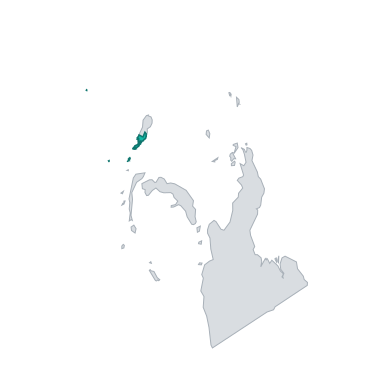 location of North Bougainville District, North Solomons, Papua New Guinea, rotated 237°
{"feature_id": "67681753B20702306497520", "entity_name": "North Bougainville District", "entity_type": "district", "adm_level": 2, "iso_a3": "PNG", "parent_name": "Papua New Guinea", "parent_adm1": "North Solomons", "projection": "robinson", "projection_center": [154.75, -4.633], "detail": "fine", "context": "in_parent", "style": "filled", "palette": "teal", "viewbox_px": 384, "rotation_deg": 237, "n_neighbors": 0, "source": "geoboundaries", "source_scale": "gbopen_adm2", "svg_char_len": 7627}
<svg xmlns="http://www.w3.org/2000/svg" viewBox="0 0 384 384"><g transform="rotate(237 192 192)"><path d="M50.9,237.8L50.5,199.2L48.8,196.3L50.5,189.5L50.1,124.2L53.4,124.6L69.2,132.5L79.9,136.7L89.2,138.6L97.8,145.1L104.2,145.5L113.6,154.6L117.4,155.2L124.0,162.9L124.5,169.1L123.8,173.0L133.9,176.7L143.6,182.0L148.9,182.6L151.8,184.4L155.5,188.9L156.2,195.0L154.1,196.0L145.0,196.0L142.5,198.0L146.1,207.5L154.4,216.2L160.6,220.1L162.5,228.0L165.6,230.4L167.7,236.7L170.9,237.3L177.1,236.3L178.1,238.9L177.2,242.9L178.1,244.5L189.6,247.8L185.8,249.8L187.5,253.5L195.1,256.5L199.7,257.7L202.5,257.3L199.3,259.1L196.3,258.6L195.8,259.1L197.0,260.7L199.4,262.3L196.9,264.3L194.4,264.7L189.8,263.3L185.7,259.4L173.2,257.7L168.8,256.0L165.4,256.6L155.2,254.5L151.9,251.7L149.7,247.6L143.6,242.5L142.2,240.1L142.8,236.8L141.1,237.3L137.7,234.9L128.4,219.7L123.7,217.5L112.1,214.9L110.4,211.9L105.0,210.8L103.8,212.7L99.3,214.1L95.6,212.6L91.8,208.9L96.3,217.3L94.7,217.3L95.5,218.6L94.6,218.8L89.8,218.3L91.3,221.8L83.3,223.8L77.4,223.1L74.5,223.9L73.4,223.8L71.8,221.2L69.6,221.7L71.5,221.8L73.8,224.8L78.7,224.3L83.6,226.6L87.7,231.6L87.5,235.1L76.5,241.5L70.1,238.7L60.8,239.5L57.5,238.4L53.3,239.6L50.9,237.8ZM217.2,152.3L219.5,154.0L221.8,152.2L226.3,154.5L225.4,162.9L224.0,165.2L220.2,166.0L219.8,167.3L222.2,172.2L221.2,174.0L218.0,175.8L212.6,175.6L211.2,179.0L208.2,182.0L196.6,188.0L183.9,188.5L179.8,184.8L175.4,185.5L169.6,181.1L164.7,179.3L163.7,177.6L163.8,175.5L165.1,174.2L173.8,174.4L179.4,176.2L186.7,175.1L188.7,173.8L189.4,168.4L190.6,166.2L191.9,167.2L190.4,171.4L192.1,175.1L197.2,174.0L200.6,174.9L203.1,173.8L206.7,167.9L209.7,165.3L215.0,163.9L214.9,159.6L213.0,153.7L213.7,152.0L217.2,152.3ZM280.9,195.4L280.3,197.3L279.9,196.7L277.3,198.5L274.2,197.9L271.5,196.0L269.4,192.6L269.3,188.8L266.4,187.1L262.5,182.2L261.7,179.0L262.0,173.7L267.7,176.8L273.4,185.9L278.9,190.1L280.9,195.4ZM237.5,154.7L233.7,163.0L231.4,159.6L230.5,157.2L230.3,150.8L224.3,141.2L218.1,138.0L205.6,128.1L200.7,126.5L201.9,126.0L201.9,123.6L208.1,128.8L211.9,130.1L217.0,134.1L220.5,135.4L235.7,150.4L237.5,154.7ZM137.6,113.1L149.5,113.5L149.7,114.6L148.1,114.8L146.1,116.8L139.1,116.2L136.0,117.2L135.7,115.8L136.9,115.4L136.7,113.9L137.6,113.1ZM197.5,241.8L199.7,243.3L201.5,243.1L202.9,244.7L203.2,247.4L202.4,248.0L201.9,247.2L196.1,246.7L197.2,245.1L196.1,242.1L197.5,241.8ZM195.9,125.2L191.7,125.1L188.6,121.9L192.7,120.3L195.8,121.8L195.9,125.2ZM206.1,253.6L208.7,251.9L209.4,252.5L208.4,256.6L204.2,254.8L201.4,248.2L206.1,253.6ZM228.0,235.9L232.6,235.2L234.8,237.0L235.4,237.7L235.0,239.4L231.2,238.7L228.0,235.9ZM238.7,276.3L247.2,280.9L244.0,281.7L241.4,280.4L241.0,279.3L239.9,279.7L240.5,278.9L238.7,276.3ZM158.9,180.4L155.1,176.9L155.3,174.6L159.3,176.6L158.9,180.4ZM194.7,244.4L193.6,244.5L191.1,242.1L192.6,239.4L194.3,240.4L194.7,244.4ZM260.8,173.5L259.1,167.9L260.6,166.2L262.0,169.8L260.8,173.5ZM145.8,173.5L143.2,171.3L145.1,169.3L146.2,170.4L145.8,173.5ZM185.5,105.8L184.1,106.2L182.2,104.4L182.7,102.3L184.9,103.7L185.5,105.8ZM128.5,159.7L126.9,161.7L125.8,160.2L127.6,157.9L128.5,159.7ZM206.6,225.6L206.7,232.4L205.5,231.0L206.0,228.2L204.8,227.5L206.6,225.6ZM88.7,227.4L91.2,230.1L85.0,225.7L88.7,227.4ZM90.9,226.7L87.5,225.6L86.8,224.7L90.8,225.1L90.9,226.7ZM255.2,277.0L254.9,277.9L252.7,278.1L251.2,276.8L252.7,277.1L252.4,276.1L255.2,277.0ZM229.8,131.8L230.0,134.9L228.4,132.7L229.8,131.8ZM221.5,130.1L220.9,131.0L219.3,128.8L219.6,128.4L221.5,130.1ZM203.3,263.1L203.1,264.5L201.6,263.8L201.8,262.9L203.3,263.1ZM220.2,127.7L219.0,128.1L219.2,126.0L220.2,127.7ZM155.8,117.9L156.0,119.5L154.3,119.1L155.8,117.9ZM245.6,149.2L245.4,150.7L244.5,150.2L245.6,149.2Z" fill="#d9dde1" stroke="#a8b0b8" stroke-width="1"/><path d="M268.7,178.6L268.5,178.4L268.3,178.3L268.2,178.2L268.1,177.9L268.0,177.7L267.9,177.4L267.8,177.2L267.7,177.1L267.5,176.8L267.5,176.6L267.4,176.1L267.2,176.1L267.0,175.9L267.2,175.6L267.2,175.4L266.9,175.3L266.7,175.2L266.6,175.4L266.6,175.5L266.4,175.7L266.4,175.4L266.2,175.3L266.0,175.2L265.9,175.3L265.9,175.2L265.7,175.3L265.7,175.2L265.6,175.3L265.3,175.3L265.1,175.2L264.8,175.2L264.9,175.3L264.7,175.3L264.7,175.2L264.5,175.3L264.4,175.5L264.3,175.4L264.3,175.2L264.2,175.1L263.9,175.0L263.8,174.8L263.7,174.6L263.5,174.8L263.4,174.8L263.3,174.7L263.1,174.3L262.7,174.1L262.7,173.9L262.5,173.7L262.3,173.4L262.2,173.4L261.8,173.1L261.7,173.0L261.4,173.3L261.1,173.6L261.2,173.8L261.3,173.9L261.6,173.9L261.8,174.2L261.8,174.3L262.0,174.5L262.3,174.6L262.4,174.9L262.5,175.1L262.4,175.3L262.5,175.3L262.7,175.5L262.8,175.7L262.7,175.6L262.6,175.4L262.4,175.5L262.5,175.5L262.5,175.8L262.5,176.0L262.4,175.9L262.4,176.1L262.2,176.1L262.3,176.1L262.2,176.0L262.2,175.9L262.1,175.7L261.9,175.7L261.9,175.8L262.0,175.9L262.0,176.1L262.1,176.3L262.1,176.6L262.0,176.9L261.9,177.1L261.8,177.3L261.8,177.5L261.9,177.9L261.9,178.2L261.7,178.5L261.5,178.9L261.5,179.1L261.5,179.3L262.0,179.8L262.0,180.1L262.1,180.3L262.3,180.6L262.3,181.1L262.2,181.2L262.1,181.3L262.0,181.6L262.1,181.9L262.2,182.1L262.3,182.5L262.5,182.7L262.8,182.9L263.1,183.1L263.3,183.4L263.3,183.7L263.4,183.8L263.5,183.8L263.8,183.9L263.9,184.0L264.0,184.0L264.1,184.3L264.7,184.5L265.0,184.7L265.4,185.1L265.5,185.2L265.5,185.3L267.8,185.1L264.9,180.9L266.2,179.9L267.0,179.7L268.1,179.0L268.4,178.9L268.7,178.6ZM261.1,167.9L261.2,167.4L261.0,167.0L260.9,166.8L260.8,166.2L260.4,166.0L260.1,166.0L259.8,166.6L259.5,166.8L259.3,167.0L258.9,167.6L258.8,168.1L259.1,167.9L259.3,167.6L259.6,167.9L259.5,168.0L259.4,168.3L259.4,168.5L259.6,168.6L259.4,168.7L259.5,168.8L259.4,169.0L259.5,169.1L259.5,169.3L259.6,169.5L259.4,169.7L259.3,169.8L259.3,170.0L259.4,170.3L259.4,170.7L259.4,171.0L259.5,171.1L259.5,171.3L259.6,171.5L259.7,171.8L259.7,172.0L259.8,172.3L259.9,172.6L260.1,172.7L260.0,173.1L260.3,173.2L260.3,173.4L260.2,173.3L260.0,173.1L260.1,173.3L260.2,173.5L260.3,173.6L260.3,173.9L260.6,173.6L260.6,173.2L260.8,173.0L260.8,173.3L260.8,173.5L260.7,173.7L260.9,173.7L261.2,173.4L261.3,173.3L261.3,173.1L261.3,172.7L261.4,172.4L261.4,172.1L261.4,171.9L261.5,171.5L261.5,171.2L261.5,170.7L261.7,170.3L261.7,170.1L261.7,169.8L261.8,169.2L261.7,169.0L261.6,168.8L261.3,168.7L261.2,168.7L261.1,168.4L261.1,167.9ZM253.9,156.5L253.6,156.3L253.4,156.3L253.4,156.5L253.5,156.5L253.8,156.7L254.1,156.9L254.2,157.1L254.4,157.7L254.4,157.8L254.3,158.2L254.4,158.3L254.2,158.2L254.1,158.3L253.9,158.1L253.8,157.9L253.8,158.0L253.9,158.3L253.8,158.1L253.8,157.9L253.7,157.8L253.6,157.7L253.4,157.4L253.3,157.5L253.5,157.6L253.6,157.8L253.8,158.1L253.9,158.3L254.0,158.5L254.4,158.5L254.5,158.5L254.4,158.2L254.5,158.0L254.6,157.9L254.5,157.7L254.4,157.3L254.3,157.0L254.3,156.9L254.3,156.7L253.9,156.5ZM261.1,175.1L261.0,174.9L261.0,174.7L260.8,174.5L260.7,174.5L260.6,175.0L260.8,175.3L260.9,175.5L260.9,175.8L260.9,176.0L261.0,176.2L261.1,175.8L261.2,175.5L261.3,175.3L261.2,175.2L261.1,175.1ZM335.1,159.2L334.8,158.8L334.7,158.9L334.5,159.0L334.8,159.3L335.1,159.2ZM252.9,154.8L252.8,154.7L252.7,154.8L252.8,155.1L252.8,155.4L252.9,155.6L252.9,155.9L253.0,156.1L252.9,156.2L253.0,156.2L252.9,155.8L252.9,155.7L252.8,155.2L252.9,154.8ZM260.5,174.3L260.6,174.2L260.6,173.9L260.5,174.0L260.4,174.1L260.5,174.3ZM259.5,172.1L259.5,171.9L259.3,171.5L259.4,171.9L259.4,172.1L259.5,172.1ZM263.4,139.3L263.4,139.1L263.3,138.8L263.3,139.1L263.4,139.3ZM253.3,156.8L253.3,156.7L253.2,156.6L253.3,156.8L253.3,156.8ZM263.2,140.0L263.2,139.9L263.5,139.8L263.5,139.6L263.4,139.7L263.2,139.9L263.2,140.0L263.2,140.0ZM263.2,138.6L263.2,138.4L263.1,138.6L263.2,138.6Z" fill="#14b8a6" stroke="#0f766e" stroke-width="1.5"/></g></svg>